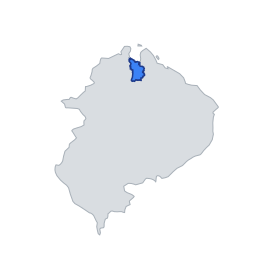 Srae Ambel, Kaôh Kong, Cambodia shown in context, rotated 146°
{"feature_id": "14789045B17636878370616", "entity_name": "Srae Ambel", "entity_type": "district", "adm_level": 2, "iso_a3": "KHM", "parent_name": "Cambodia", "parent_adm1": "Kaôh Kong", "projection": "orthographic", "projection_center": [103.727, 11.257], "detail": "fine", "context": "in_parent", "style": "filled", "palette": "blue", "viewbox_px": 256, "rotation_deg": 146, "n_neighbors": 0, "source": "geoboundaries", "source_scale": "gbopen_adm2", "svg_char_len": 5963}
<svg xmlns="http://www.w3.org/2000/svg" viewBox="0 0 256 256"><g transform="rotate(146 128 128)"><path d="M211.2,55.2L211.8,57.0L210.5,60.5L209.1,63.7L206.4,66.6L206.3,68.6L205.4,74.7L205.8,76.7L206.5,78.3L207.4,79.2L209.8,85.2L212.1,90.6L214.3,95.0L214.7,97.9L212.9,105.0L210.7,111.7L210.9,114.9L212.0,118.2L213.1,122.6L213.6,128.2L213.0,131.8L212.0,134.1L210.1,136.5L208.3,137.7L206.2,135.7L204.6,135.7L202.4,136.3L200.6,137.2L197.1,140.7L193.2,144.0L187.7,144.9L185.6,147.4L183.3,147.8L179.0,148.0L176.2,148.6L176.3,149.8L176.1,155.7L176.2,157.0L175.8,157.4L173.8,157.6L170.5,156.7L166.0,155.3L162.8,155.1L161.2,157.7L160.2,158.7L159.0,158.8L157.7,159.3L157.3,160.4L157.2,161.9L157.8,164.3L158.1,168.2L157.9,170.8L159.1,172.5L166.1,178.0L168.1,179.4L168.3,180.2L167.2,183.3L168.3,187.6L166.1,187.5L162.5,185.7L160.8,184.6L158.7,185.5L158.0,185.3L156.5,183.2L154.7,181.1L152.8,181.0L148.8,181.8L144.7,182.5L143.1,182.5L142.5,182.9L140.1,186.1L139.1,185.5L134.9,184.3L131.2,183.9L130.4,184.7L130.9,187.3L131.7,189.9L131.2,191.0L129.2,192.3L126.4,194.7L124.8,196.6L123.6,197.1L119.4,197.0L115.3,197.3L113.6,199.1L112.0,200.5L110.7,200.8L105.2,196.5L94.4,194.9L93.3,193.0L92.2,192.6L91.2,195.2L85.3,197.6L82.8,196.1L81.0,194.3L81.3,192.2L83.0,190.4L85.9,189.1L87.3,184.7L85.0,179.0L83.1,177.4L81.0,176.0L78.8,178.2L77.0,181.8L75.1,183.6L72.4,184.0L68.4,183.9L66.9,178.5L66.4,173.8L66.9,168.6L67.6,165.4L63.8,161.1L63.6,157.0L61.7,154.8L61.2,155.9L61.2,157.1L60.7,156.2L54.8,144.1L53.8,138.5L54.8,134.2L55.4,132.8L53.7,130.5L51.3,127.9L47.0,124.5L46.8,119.2L45.8,112.9L44.6,110.7L42.6,106.9L41.6,103.6L41.3,95.1L41.8,94.5L44.8,94.2L48.7,93.6L49.3,92.3L48.7,91.1L51.2,89.2L54.7,85.0L57.5,80.6L59.5,77.8L60.7,75.1L64.7,71.2L70.2,68.5L73.9,67.9L77.8,67.0L81.6,65.7L83.3,65.5L87.9,67.1L90.4,67.5L93.1,67.5L95.8,67.7L98.2,67.5L103.8,66.4L109.9,67.2L115.2,66.5L121.9,65.2L125.1,66.0L128.1,67.3L128.5,69.9L129.2,71.1L130.2,72.0L131.5,72.0L133.2,70.1L134.6,68.3L135.1,67.9L135.2,68.9L135.9,70.9L137.2,72.8L138.5,74.1L140.6,75.9L142.0,76.0L146.5,74.3L153.4,76.6L154.2,77.8L156.4,80.3L158.8,82.0L164.1,82.1L166.0,77.8L165.0,75.1L162.0,70.6L161.1,67.9L162.1,67.4L167.2,66.8L168.0,66.3L169.1,63.3L170.5,63.6L173.4,64.0L176.3,62.0L178.1,59.8L179.1,60.8L180.1,62.3L181.3,63.1L183.5,64.4L185.9,66.1L187.4,67.9L188.6,68.6L191.6,68.1L192.5,68.1L194.2,65.9L195.4,64.8L196.5,65.1L198.0,65.0L201.1,62.3L202.9,59.7L203.9,59.0L206.8,60.3L207.9,60.0L209.5,56.5L211.2,55.2ZM64.9,171.3L64.3,171.7L63.7,171.7L63.2,171.2L63.2,169.2L63.6,168.0L64.6,167.8L64.9,171.3ZM73.9,190.5L72.7,191.8L70.7,189.1L70.8,188.3L73.9,190.5Z" fill="#d9dde1" stroke="#a8b0b8" stroke-width="1"/><path d="M90.5,160.1L90.4,160.2L90.3,160.3L90.2,160.7L90.1,160.9L90.1,161.0L90.0,161.3L89.9,161.3L89.8,161.5L89.7,161.5L89.5,161.8L89.4,161.8L89.2,161.9L89.1,162.1L88.9,161.9L88.6,161.8L88.2,161.6L87.9,161.5L87.6,161.6L87.5,161.8L87.3,161.9L87.2,161.9L87.1,162.0L86.7,162.4L86.7,162.5L86.2,162.3L85.9,162.3L85.7,162.3L85.3,162.4L85.2,162.4L84.8,162.5L84.8,162.9L84.8,163.0L84.7,163.0L84.5,163.3L84.4,163.3L84.4,163.5L84.2,163.6L84.2,164.0L84.3,164.1L84.3,164.4L84.4,164.7L84.4,164.8L84.3,165.0L84.2,165.1L84.3,165.2L84.2,165.3L84.4,165.4L84.5,165.5L84.7,165.8L84.4,166.0L84.4,166.3L84.2,166.3L84.0,166.5L83.9,166.4L83.8,166.5L83.7,166.6L83.4,166.8L83.1,166.8L83.1,166.7L83.0,166.8L82.9,166.8L82.7,166.9L82.6,167.0L82.5,166.9L82.4,166.9L82.4,167.0L82.5,167.2L82.4,167.2L82.4,167.4L82.2,167.6L81.8,167.8L81.6,168.0L81.4,168.2L81.2,168.3L81.2,168.5L81.2,169.1L81.3,169.2L81.1,169.6L81.3,169.7L81.4,169.8L81.3,170.2L81.4,170.7L81.5,170.9L81.8,171.2L82.0,171.3L82.3,171.5L82.7,171.9L82.9,172.0L83.0,172.1L83.3,172.4L83.4,172.5L83.2,173.4L83.1,173.5L83.1,173.8L83.1,174.0L83.0,174.3L82.9,174.3L83.0,174.5L83.4,174.7L83.3,174.8L83.2,174.9L83.3,174.9L83.2,175.0L83.0,175.4L82.9,175.5L82.7,175.6L82.5,175.4L82.3,175.5L82.3,175.4L82.2,175.4L82.1,175.5L82.1,175.3L82.2,175.2L81.9,175.3L81.9,175.2L81.7,175.2L81.7,175.3L81.7,175.5L81.8,175.7L82.0,176.0L82.3,176.4L82.4,176.6L82.5,176.9L82.6,177.1L82.9,177.5L83.0,177.6L83.0,177.8L83.7,178.1L83.8,178.0L84.1,178.0L84.7,178.2L85.0,178.4L85.2,178.6L85.3,178.7L85.2,179.0L84.9,179.2L84.8,179.3L84.9,179.5L85.0,179.6L85.2,179.9L85.3,179.9L85.3,180.0L85.3,180.3L85.4,180.7L85.4,180.9L85.3,181.0L85.2,181.1L85.7,181.7L86.0,182.3L86.1,182.5L86.1,182.8L86.3,182.9L86.2,182.9L86.3,183.1L86.6,183.6L86.8,184.2L87.0,184.0L87.0,184.3L87.2,184.5L87.4,184.5L87.5,184.4L87.6,184.2L87.7,184.4L87.8,184.5L87.8,184.4L88.1,184.2L88.1,183.9L88.3,183.9L88.2,183.8L88.3,183.8L88.3,183.7L88.5,183.6L88.8,183.5L88.8,183.4L88.7,183.4L88.8,183.4L89.0,183.3L89.1,183.2L89.3,183.2L89.5,183.2L89.7,182.9L89.6,182.5L89.6,182.4L89.6,181.9L89.7,181.7L89.6,181.2L89.5,180.9L89.4,180.2L89.6,179.6L89.8,179.4L90.0,179.4L90.5,179.1L90.8,178.8L91.0,178.6L91.4,178.6L91.4,178.4L91.5,178.3L91.3,178.3L91.4,178.2L91.3,177.9L91.3,178.0L91.2,178.1L91.2,177.7L91.6,177.5L91.8,177.2L91.9,176.9L92.0,176.9L92.0,176.7L92.3,176.4L92.2,176.3L92.3,176.2L92.2,176.2L92.3,175.9L92.5,175.8L92.8,175.7L92.7,175.5L92.7,175.4L92.6,175.5L92.6,175.3L92.6,175.2L92.4,175.1L92.3,174.9L92.4,174.7L92.3,174.4L92.2,174.2L92.0,173.9L91.9,173.8L91.8,173.6L91.6,173.5L91.6,173.4L91.9,173.4L92.1,173.1L92.2,172.9L92.3,172.9L92.3,172.7L92.3,172.4L92.4,172.2L92.5,172.2L92.8,172.0L92.7,171.9L92.8,171.7L93.0,171.6L93.2,171.4L93.3,171.2L93.2,171.0L93.3,170.8L94.8,169.0L95.7,167.9L96.1,167.5L96.4,167.3L97.9,166.3L98.0,166.1L98.1,165.9L98.2,165.7L98.5,165.7L98.6,165.1L98.5,164.7L98.3,164.3L98.0,164.2L97.9,164.3L97.5,164.1L97.3,164.1L97.1,163.7L96.6,163.1L96.4,163.1L95.9,163.3L95.8,163.2L95.6,163.3L95.1,163.5L94.9,163.4L94.8,163.5L94.4,163.6L94.3,163.4L94.2,163.1L94.1,162.9L93.9,162.9L93.7,162.9L93.7,162.6L93.6,162.4L93.4,162.2L92.8,162.1L92.6,161.8L92.4,161.9L92.1,161.7L91.9,161.6L92.0,161.5L92.0,161.4L91.6,161.1L91.4,161.0L91.3,160.9L91.2,160.9L91.0,160.6L90.9,160.4L90.5,160.1Z" fill="#3b82f6" stroke="#1e3a8a" stroke-width="1.5"/></g></svg>